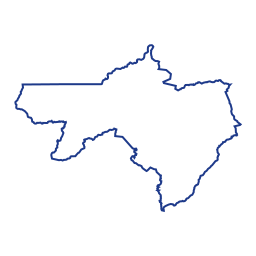 Xapuri, Acre, Brazil (Mercator projection)
{"feature_id": "56859067B13155067535886", "entity_name": "Xapuri", "entity_type": "district", "adm_level": 2, "iso_a3": "BRA", "parent_name": "Brazil", "parent_adm1": "Acre", "projection": "mercator", "projection_center": [-68.519, -10.611], "detail": "fine", "context": "isolated", "style": "outline", "palette": "blue", "viewbox_px": 256, "rotation_deg": 0, "n_neighbors": 0, "source": "geoboundaries", "source_scale": "gbopen_adm2", "svg_char_len": 5833}
<svg xmlns="http://www.w3.org/2000/svg" viewBox="0 0 256 256"><path d="M79.1,152.6L81.3,149.5L84.3,148.2L84.5,146.8L84.1,146.1L83.8,144.7L83.3,144.2L83.0,143.3L83.4,142.6L84.5,142.0L84.9,141.5L84.9,140.9L84.3,140.4L84.2,139.7L84.9,139.4L86.6,139.1L88.5,138.2L89.3,138.1L89.9,138.5L91.4,138.7L92.5,139.4L92.8,139.9L93.5,139.7L94.2,139.1L95.3,137.0L97.2,136.5L97.8,135.3L98.4,134.8L100.3,135.1L100.9,135.0L101.7,134.4L102.3,134.5L102.7,132.8L104.1,132.5L105.2,131.9L107.0,131.8L108.3,131.0L109.3,130.0L110.0,129.7L111.4,130.0L113.1,129.6L113.9,129.2L114.2,128.6L116.4,129.4L116.3,130.2L115.9,130.7L115.7,131.3L115.8,132.1L115.3,133.2L115.2,136.1L122.5,136.9L132.6,148.3L134.3,148.9L136.1,148.6L136.6,149.5L136.4,150.3L134.4,150.6L134.2,151.9L135.6,153.1L135.8,153.8L136.4,154.0L136.1,155.0L135.3,154.9L134.8,155.6L134.5,156.5L134.7,157.3L134.4,157.8L133.5,156.2L132.4,156.2L131.2,157.8L130.9,158.5L131.6,160.2L132.6,160.5L134.5,163.0L136.0,163.2L138.5,165.2L139.0,165.4L139.6,165.2L141.5,166.1L142.1,167.5L143.0,168.5L146.5,171.0L147.3,170.6L150.4,167.5L154.1,169.2L155.9,169.4L156.7,172.1L160.2,175.3L160.9,175.5L160.8,176.4L160.4,177.0L160.8,177.7L160.9,178.6L160.3,178.8L160.0,180.0L160.6,180.8L161.3,181.2L161.0,181.7L161.2,182.6L160.5,184.2L159.3,185.0L158.2,185.1L157.7,185.6L157.4,186.2L158.8,187.1L157.6,187.7L157.3,188.3L157.9,188.8L157.7,189.5L157.2,190.1L158.8,190.4L158.0,191.0L158.8,192.1L159.1,193.3L160.6,194.9L160.9,196.2L160.6,196.7L161.0,198.1L160.6,198.8L160.8,200.1L160.5,200.7L159.6,200.8L159.9,202.0L160.9,202.4L160.9,203.0L161.5,203.4L161.0,204.4L161.3,205.3L161.1,206.1L161.4,206.6L161.3,208.9L161.8,210.3L163.8,210.8L163.8,210.0L163.3,208.9L163.7,207.7L164.2,206.9L165.8,205.9L168.6,204.6L170.7,204.0L172.9,204.3L173.4,204.6L173.5,205.2L174.1,205.6L174.9,205.4L175.5,205.1L176.3,203.7L177.0,203.0L178.6,202.4L179.0,201.8L180.1,201.4L181.6,201.3L182.7,200.9L183.2,201.3L184.6,201.1L185.1,200.8L185.9,200.0L186.2,199.1L187.0,198.4L187.6,198.4L188.4,197.9L190.6,195.5L191.9,195.0L192.4,194.6L193.7,192.1L193.7,190.7L194.0,189.5L194.4,188.7L194.2,188.0L195.2,186.0L195.8,185.7L196.4,184.9L197.3,184.8L198.0,184.3L198.8,181.4L198.6,179.9L199.5,179.1L199.8,178.5L200.6,175.8L202.8,175.2L203.7,174.1L204.9,171.9L206.6,170.8L207.6,169.5L207.9,169.0L210.2,167.3L211.1,166.0L212.1,165.3L215.4,161.2L217.3,160.3L217.7,159.6L217.5,157.2L218.0,156.6L218.0,155.9L218.7,155.0L218.9,154.3L217.6,152.4L217.4,150.4L217.1,149.8L217.5,149.2L217.8,147.9L219.4,146.6L219.3,145.9L219.9,145.9L221.2,144.4L222.1,143.8L223.0,142.8L223.0,142.2L224.9,141.9L225.4,141.5L225.7,140.7L227.1,139.6L228.5,139.5L231.3,138.4L231.7,137.9L231.4,137.5L231.6,136.6L232.4,136.7L233.0,136.3L233.4,135.6L235.4,135.1L235.9,135.4L236.7,135.5L237.1,135.0L236.8,134.5L236.9,133.8L235.9,132.4L235.7,128.3L234.6,126.3L240.0,125.0L240.6,124.4L237.5,122.0L237.2,121.1L235.0,119.8L234.3,119.1L234.1,117.9L234.1,116.4L232.2,114.5L231.8,113.7L231.2,111.2L231.8,109.3L230.7,104.9L230.5,104.3L229.6,103.3L229.4,101.1L225.5,92.0L226.7,91.4L227.4,90.9L226.8,89.8L227.3,89.0L228.2,88.3L228.7,87.7L228.9,86.1L230.1,84.7L229.1,84.9L228.7,84.3L228.1,83.9L227.3,83.9L226.7,83.6L225.9,83.4L224.4,83.7L220.8,81.0L220.8,80.5L220.2,80.1L219.0,80.2L218.1,81.0L216.2,80.6L215.5,80.8L214.9,81.5L214.1,82.1L212.4,82.2L211.1,81.9L210.0,81.4L209.0,81.5L207.3,82.0L206.9,82.3L206.3,82.1L203.5,82.7L201.8,83.6L199.3,82.2L198.1,82.3L197.8,83.0L196.0,83.4L194.6,84.8L193.7,85.0L193.2,84.3L192.1,84.8L191.4,84.5L189.7,84.7L188.9,85.2L188.3,84.9L185.6,85.0L184.9,85.7L184.2,87.6L183.6,87.9L182.1,88.1L181.4,88.4L180.8,89.2L180.2,89.2L178.1,90.4L175.3,88.8L175.8,85.9L163.9,83.1L163.4,81.9L170.2,78.9L170.9,74.0L166.2,70.0L158.6,69.1L159.2,68.0L159.2,65.9L158.4,63.8L159.1,61.7L157.7,61.1L155.5,61.0L154.1,60.2L152.8,59.0L152.1,58.6L151.7,57.5L151.7,56.5L151.3,55.6L151.0,53.3L151.2,51.2L151.0,50.6L152.7,48.1L152.9,47.3L153.3,46.8L152.9,46.0L152.1,45.3L151.6,45.2L149.7,45.4L148.4,46.5L148.0,47.2L147.8,49.6L148.0,51.7L147.0,52.6L146.3,52.7L145.6,53.3L144.9,53.6L144.5,54.3L144.2,57.2L143.7,58.3L143.2,58.9L141.2,59.9L139.5,59.3L137.6,59.5L137.1,60.0L136.9,60.8L137.1,61.5L137.0,62.1L135.7,63.1L134.4,62.8L133.4,63.5L132.3,63.7L131.6,63.2L130.2,62.5L129.5,63.0L129.2,63.9L127.6,64.6L127.1,66.6L126.4,66.8L125.6,66.6L125.0,66.6L124.2,67.6L123.5,67.9L122.7,67.6L120.4,69.0L116.9,68.6L116.1,68.7L115.5,69.0L114.5,70.5L112.7,71.4L111.8,73.2L111.1,73.4L108.8,73.4L108.0,73.8L107.5,75.3L108.0,76.3L108.0,77.7L107.8,78.3L107.3,78.9L106.7,79.1L105.5,78.6L105.0,79.5L103.2,80.3L102.7,81.2L101.9,83.9L101.2,84.2L63.4,84.2L22.6,84.5L23.0,87.6L21.8,89.8L21.6,90.7L20.7,91.9L21.0,93.2L20.7,94.1L19.4,95.6L19.1,96.9L17.9,98.8L17.4,100.2L15.5,101.9L15.4,102.7L15.8,104.2L16.5,104.8L16.2,107.3L16.5,108.2L17.7,108.9L19.4,108.9L20.8,109.4L21.8,109.3L24.8,111.1L27.2,113.7L27.9,116.8L29.1,117.4L31.0,117.8L31.9,119.3L32.2,121.6L33.7,122.3L33.9,122.9L35.0,123.6L35.9,123.6L36.6,123.3L37.0,122.8L38.5,122.9L40.6,122.6L41.6,123.5L42.6,123.6L43.0,122.9L46.8,123.0L47.5,122.9L48.0,121.9L48.5,121.7L49.1,121.4L51.1,121.4L51.7,120.9L52.7,122.5L53.6,122.5L54.2,121.8L55.7,122.2L57.3,121.9L58.0,122.0L59.2,121.3L60.0,121.9L60.9,121.4L62.4,121.6L63.0,122.0L63.3,121.5L64.4,122.2L65.2,122.2L65.8,122.0L65.9,122.6L64.4,125.4L64.7,126.0L64.5,126.8L63.8,127.1L63.7,127.9L63.2,128.4L62.5,128.2L61.7,128.8L61.9,130.7L62.9,131.9L63.4,133.0L62.1,136.4L61.2,137.7L60.6,140.0L60.4,140.5L58.7,141.0L57.8,140.2L57.3,140.7L57.2,141.5L57.8,142.6L57.8,143.5L57.8,144.1L57.1,145.6L57.3,147.5L56.7,147.9L55.9,148.8L55.9,150.5L55.3,151.2L53.8,152.6L52.8,152.5L52.0,153.0L51.4,154.3L51.3,155.2L52.0,158.6L59.0,160.2L61.0,159.9L62.7,160.5L64.0,159.8L64.7,159.9L66.6,159.6L67.4,158.7L69.5,158.4L70.2,157.9L70.3,157.1L70.7,156.5L71.4,156.3L75.4,156.2L76.5,154.7L78.3,152.8L79.1,152.6Z" fill="none" stroke="#1e3a8a" stroke-width="2"/></svg>